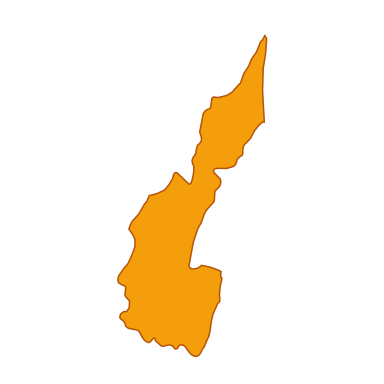 the district of San Francisco Zapotitlán, Suchitepéquez, Guatemala, rotated 6°
{"feature_id": "79465075B91697613076803", "entity_name": "San Francisco Zapotitlán", "entity_type": "district", "adm_level": 2, "iso_a3": "GTM", "parent_name": "Guatemala", "parent_adm1": "Suchitepéquez", "projection": "natural_earth1", "projection_center": [-91.517, 14.633], "detail": "fine", "context": "isolated", "style": "filled", "palette": "amber", "viewbox_px": 384, "rotation_deg": 6, "n_neighbors": 0, "source": "geoboundaries", "source_scale": "gbopen_adm2", "svg_char_len": 2810}
<svg xmlns="http://www.w3.org/2000/svg" viewBox="0 0 384 384"><g transform="rotate(6 192 192)"><path d="M171.2,343.8L177.5,348.3L179.6,348.4L185.1,346.5L188.3,346.8L191.5,349.8L193.1,349.7L194.4,348.3L194.8,346.5L195.8,345.6L197.0,345.2L199.6,345.3L202.0,347.1L203.4,348.9L206.0,351.7L208.2,353.6L210.6,354.8L212.0,355.1L214.0,354.9L215.3,354.0L216.6,352.6L217.4,351.2L218.0,349.6L218.8,347.4L219.4,346.1L220.2,345.3L222.8,336.4L223.8,334.1L224.5,328.1L224.6,322.8L224.8,318.0L225.7,311.1L229.2,300.2L230.9,298.1L230.9,296.3L230.6,294.4L230.4,293.0L230.1,291.3L230.0,290.2L229.9,288.1L229.9,286.0L229.9,284.2L229.9,282.6L230.1,280.8L230.6,277.6L230.8,274.5L229.2,273.1L229.2,268.1L225.9,266.8L218.9,265.0L217.0,264.8L212.9,264.2L209.0,264.0L207.7,265.5L205.5,267.2L201.0,268.5L199.4,268.4L198.4,267.8L197.2,267.1L196.7,265.6L198.6,241.6L199.8,236.3L201.6,227.9L204.4,221.6L206.7,212.0L208.0,209.1L210.2,205.7L214.4,200.2L215.0,198.6L215.1,195.8L214.8,193.0L214.8,190.9L214.8,189.4L215.2,188.3L216.2,186.9L217.6,185.2L218.5,183.9L219.0,182.9L219.5,181.4L219.6,179.9L219.5,178.1L218.8,176.3L218.1,175.5L216.2,174.1L214.2,172.4L212.9,171.2L211.4,169.8L211.1,168.7L212.0,166.7L213.6,166.1L217.5,165.5L222.7,165.1L225.1,164.6L229.2,162.7L230.3,162.4L231.1,161.7L232.0,160.7L232.5,159.7L233.1,157.7L233.4,155.2L234.0,154.2L235.5,152.3L238.1,150.1L238.6,148.2L238.2,145.9L238.1,143.8L238.2,142.4L238.7,140.2L239.6,139.0L244.5,132.7L247.9,124.4L251.2,119.1L255.0,114.9L256.6,114.9L251.6,83.9L249.9,61.8L250.7,46.7L250.3,33.5L249.9,31.1L248.1,28.9L246.4,32.9L244.4,35.7L241.6,45.7L237.0,54.2L235.7,59.2L234.4,62.4L231.1,68.9L228.9,78.5L227.5,80.1L223.4,85.7L221.9,88.1L216.9,92.2L208.6,95.2L205.4,95.5L204.1,95.1L203.0,95.6L202.0,97.0L201.7,105.4L201.2,106.9L200.2,107.6L197.9,108.8L196.2,110.6L195.0,112.9L193.4,131.5L195.7,136.9L196.0,140.3L194.5,143.0L192.6,144.9L191.9,148.8L191.7,153.2L190.7,155.7L189.6,157.2L189.0,159.2L188.8,161.2L189.7,163.9L190.9,165.6L191.4,167.9L191.5,174.1L190.9,179.9L190.2,182.6L189.7,184.0L188.2,184.5L176.0,175.1L174.8,174.4L173.6,174.5L172.6,175.0L171.9,176.9L171.1,181.3L168.3,187.1L164.6,192.9L157.1,197.4L149.9,200.0L148.0,206.2L145.9,209.2L141.4,219.5L138.0,224.0L135.6,227.4L134.2,230.8L133.1,235.4L134.1,236.6L137.2,240.2L139.3,243.2L140.4,246.0L140.8,249.4L140.8,253.0L140.2,255.8L139.0,260.2L137.8,264.3L135.5,270.5L132.6,274.5L128.1,282.5L127.6,284.5L127.4,285.9L127.5,287.6L128.1,289.2L128.9,290.2L130.5,290.9L132.2,291.7L135.2,292.6L136.1,293.9L136.0,300.9L136.9,302.9L141.3,307.0L141.6,313.6L139.6,317.6L136.5,318.2L133.7,320.8L133.3,324.4L134.8,326.0L137.0,327.2L138.9,329.2L140.2,332.4L142.9,334.2L152.4,335.1L153.8,336.0L158.6,342.8L161.4,345.2L164.5,346.3L166.4,345.1L169.0,341.4L170.4,341.4L171.2,343.8Z" fill="#f59e0b" stroke="#b45309" stroke-width="1.5"/></g></svg>